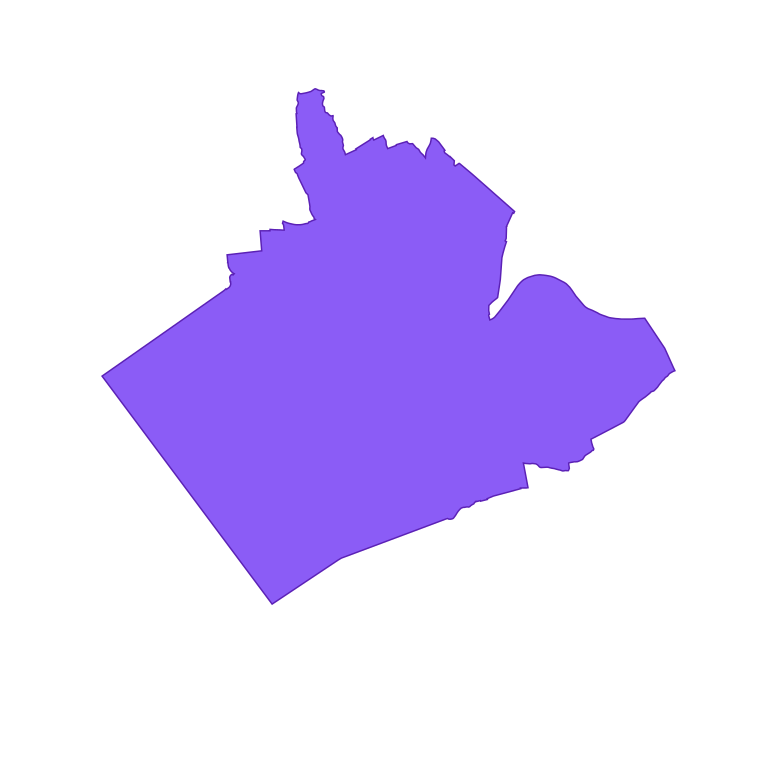 Katwijk, Zuid-Holland, Netherlands, rotated 293°
{"feature_id": "6326949B10451218555657", "entity_name": "Katwijk", "entity_type": "district", "adm_level": 2, "iso_a3": "NLD", "parent_name": "Netherlands", "parent_adm1": "Zuid-Holland", "projection": "albers", "projection_center": [4.44, 52.19], "detail": "fine", "context": "isolated", "style": "filled", "palette": "violet", "viewbox_px": 768, "rotation_deg": 293, "n_neighbors": 0, "source": "geoboundaries", "source_scale": "gbopen_adm2", "svg_char_len": 6159}
<svg xmlns="http://www.w3.org/2000/svg" viewBox="0 0 768 768"><g transform="rotate(293 384 384)"><path d="M509.9,646.6L512.0,644.2L526.6,628.4L546.4,598.3L543.5,592.3L541.0,587.6L539.7,584.7L538.6,582.1L536.5,577.1L535.6,574.2L534.8,571.9L534.4,570.4L533.5,567.0L533.1,565.2L533.0,564.0L532.9,561.5L532.7,558.7L532.6,556.1L532.6,554.9L532.9,552.8L533.2,546.9L533.1,542.4L533.6,539.4L534.0,538.3L534.5,537.1L536.5,533.1L540.0,526.1L543.6,520.6L545.6,517.2L547.0,513.8L547.5,512.5L547.7,511.3L547.9,510.5L548.1,507.5L548.3,504.9L548.6,500.9L548.6,498.4L548.4,496.2L548.2,494.8L547.9,493.5L547.3,490.9L546.5,488.1L545.4,484.8L544.6,483.2L542.9,480.3L541.9,479.1L538.5,475.1L537.9,474.5L534.7,471.9L533.3,471.1L532.0,470.5L530.3,469.8L527.6,468.9L526.0,468.5L509.8,465.4L496.7,462.1L491.2,460.5L488.9,459.8L487.9,459.3L486.9,458.7L485.6,457.7L484.3,456.4L487.8,453.7L488.2,453.5L488.7,453.4L489.4,453.8L492.5,451.7L497.3,449.8L501.2,451.3L503.6,452.5L507.0,454.4L508.0,454.8L520.9,451.5L525.8,450.2L546.3,443.2L551.0,442.4L557.2,441.6L562.9,441.1L562.9,439.9L563.1,439.6L565.4,439.6L566.0,439.5L575.2,435.9L576.0,435.4L576.8,435.5L576.8,435.2L590.2,435.5L591.9,435.5L591.8,436.7L593.8,436.8L611.6,383.3L616.5,367.3L616.3,366.8L612.9,364.7L613.0,364.5L612.5,364.2L613.0,362.8L617.0,361.5L619.1,356.1L618.8,356.1L619.9,352.4L620.4,350.1L620.7,349.4L621.3,348.8L622.0,348.3L622.9,348.8L628.3,339.6L629.6,335.4L629.4,333.2L628.7,331.5L626.5,332.1L623.7,332.6L621.5,332.5L617.0,332.0L614.7,332.1L613.3,332.3L611.7,332.7L608.3,333.8L610.2,330.4L610.4,329.8L611.2,327.6L611.6,326.8L613.4,324.4L613.6,323.9L614.0,321.4L614.3,320.7L616.3,316.7L616.4,316.3L615.1,313.8L615.2,312.1L615.5,311.4L615.8,310.9L616.2,310.4L609.1,301.8L608.4,302.1L602.1,295.4L602.8,294.8L604.4,293.1L605.8,292.2L608.2,291.0L608.8,290.5L609.3,290.1L610.6,288.1L611.5,287.1L612.5,286.2L604.6,279.3L605.7,277.9L606.4,277.5L603.9,275.7L603.5,275.9L603.2,275.8L589.4,266.2L588.9,267.0L580.0,258.9L582.0,257.4L584.2,254.6L584.8,254.1L586.2,253.6L587.5,253.5L587.9,253.3L590.7,251.1L592.1,250.8L592.7,250.6L593.8,249.8L594.9,248.6L596.0,247.1L596.5,245.4L596.9,244.7L597.7,243.1L598.1,242.5L598.3,242.3L601.4,240.9L601.3,240.7L601.6,240.5L602.4,239.2L602.8,238.6L605.2,236.7L606.5,234.6L606.9,234.1L608.3,233.2L609.8,232.7L610.9,232.4L611.1,232.2L610.9,231.9L610.3,231.1L610.1,230.7L610.0,229.9L610.2,228.8L610.4,228.1L611.4,226.1L611.4,225.7L611.1,224.7L611.2,224.1L611.3,223.8L612.0,222.9L615.4,221.0L615.7,220.6L616.2,218.9L617.6,218.0L618.6,217.6L620.9,217.2L623.1,217.2L623.7,217.0L624.9,216.1L625.0,215.9L625.0,214.6L625.2,214.0L626.0,213.2L626.7,212.8L627.1,212.9L629.3,215.0L629.5,215.0L630.0,214.6L630.2,214.3L630.3,214.2L630.3,213.9L630.0,213.0L629.8,212.1L629.1,210.3L629.0,209.7L628.9,208.9L629.0,206.8L628.9,205.5L628.7,205.1L628.1,204.6L624.9,202.6L623.5,201.0L621.6,198.6L618.9,194.5L618.7,194.0L618.5,193.5L618.4,192.8L618.5,192.5L619.0,191.5L618.7,191.4L616.8,191.6L615.4,191.9L612.5,192.7L611.4,193.1L611.2,193.3L610.1,194.7L609.2,195.3L608.4,195.5L607.3,195.6L604.4,195.4L603.7,195.5L601.0,196.8L600.3,197.1L598.9,198.1L598.4,197.5L586.5,203.5L586.4,203.3L582.2,205.5L580.4,206.5L577.2,209.1L575.8,210.1L574.6,210.8L571.9,212.8L570.3,213.8L569.3,214.2L569.1,214.4L568.8,214.9L568.6,215.8L568.5,216.1L567.6,216.7L566.8,217.2L563.6,218.0L563.4,218.1L563.0,218.6L562.5,219.4L562.2,220.2L562.2,220.5L561.9,221.1L561.1,222.1L560.0,223.7L559.7,223.9L557.4,223.1L555.9,223.6L555.7,223.5L551.6,220.9L546.9,217.6L546.7,217.5L546.4,217.5L544.1,220.0L544.0,220.8L543.8,221.5L543.3,222.3L542.5,222.9L540.2,225.2L536.9,229.0L529.7,237.2L529.3,237.9L528.7,239.6L528.3,240.2L520.7,245.1L518.4,246.5L516.2,247.3L515.3,247.8L512.4,250.9L511.1,252.6L510.3,254.1L510.0,254.4L509.0,255.1L508.6,256.5L505.7,253.5L504.6,252.6L503.6,251.4L503.1,251.4L502.6,251.3L502.1,251.1L501.8,250.8L501.6,250.4L501.4,249.8L499.1,246.7L498.1,245.1L496.4,241.3L495.7,238.9L494.8,234.1L494.6,232.5L494.5,231.3L494.5,227.5L492.2,227.8L492.0,228.3L491.0,229.5L486.7,232.0L486.2,231.0L485.4,228.6L483.1,222.6L481.8,218.7L480.5,219.2L476.6,210.1L458.8,219.4L441.6,189.1L435.3,192.5L434.8,192.6L434.9,192.8L431.9,194.5L430.3,195.7L430.4,196.0L429.6,196.9L428.9,197.7L428.3,198.7L427.8,199.7L427.4,200.8L427.1,201.8L427.0,202.5L427.0,202.8L427.0,203.0L425.4,202.4L425.5,201.6L425.5,201.2L425.3,200.9L425.2,200.8L423.7,200.3L422.8,200.2L421.9,200.3L418.0,202.5L418.2,202.8L416.1,203.9L415.4,204.0L414.4,204.1L413.4,204.0L412.7,203.8L412.0,203.5L409.5,201.9L409.8,201.3L407.6,200.3L281.1,121.4L137.7,367.0L203.5,410.2L207.1,412.8L284.0,493.8L285.0,495.0L285.0,495.4L284.9,496.0L285.0,496.7L285.3,497.5L285.8,498.5L286.9,499.9L287.8,500.4L291.0,501.2L293.8,501.6L295.8,502.0L298.3,502.8L299.5,503.4L299.9,503.5L301.5,505.3L301.8,506.1L303.4,508.5L303.7,509.8L304.2,510.5L304.7,510.9L305.8,511.3L306.4,511.7L307.5,512.4L308.8,513.5L310.0,513.6L310.7,514.0L311.5,514.1L312.0,514.5L311.8,514.9L314.3,518.3L313.9,518.7L318.1,524.3L318.7,523.7L323.6,528.5L341.1,550.8L341.6,550.3L343.9,555.6L344.8,557.1L365.7,543.2L366.2,545.5L366.8,547.2L367.6,549.6L368.6,551.2L368.9,551.8L369.8,554.9L369.7,556.0L369.6,556.7L369.2,557.8L368.6,559.0L368.3,560.1L368.3,560.4L368.4,560.9L368.8,561.9L371.1,566.5L371.5,567.7L371.7,569.4L372.1,571.6L372.7,573.9L372.9,575.9L373.1,577.0L373.2,578.0L373.5,579.3L373.6,580.2L373.7,581.9L373.8,582.5L374.4,583.6L375.1,584.6L376.1,587.3L376.2,587.5L376.4,587.6L378.7,587.6L382.7,585.2L383.4,584.9L384.0,585.5L384.5,586.2L386.8,589.7L387.1,590.5L388.0,592.3L388.5,592.9L389.9,594.3L392.0,596.1L392.4,596.3L395.8,596.9L396.5,597.1L397.6,597.7L400.9,600.0L402.1,600.8L403.2,601.3L404.3,601.7L404.5,601.9L404.6,602.4L404.9,602.6L405.8,602.6L406.5,602.3L407.3,601.3L407.9,600.7L411.3,597.9L412.6,597.1L413.2,596.6L414.1,596.1L426.2,606.1L442.1,619.1L442.8,619.6L443.8,620.0L444.8,620.3L461.0,624.0L466.4,625.3L466.6,625.2L468.6,626.1L471.8,628.0L474.1,629.5L480.1,632.6L481.3,633.0L482.9,634.9L483.5,635.3L487.9,637.0L490.8,637.6L494.2,638.5L495.6,638.9L497.4,639.8L499.9,640.4L502.0,641.8L502.6,642.0L504.7,642.5L505.6,643.0L508.4,645.1L509.9,646.6Z" fill="#8b5cf6" stroke="#5b21b6" stroke-width="1.5"/></g></svg>